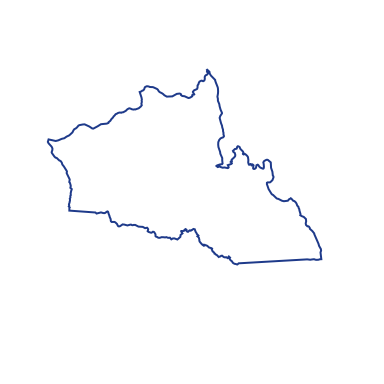 Abangares, Guanacaste, Costa Rica, rotated 224°
{"feature_id": "36466004B17800837418236", "entity_name": "Abangares", "entity_type": "district", "adm_level": 2, "iso_a3": "CRI", "parent_name": "Costa Rica", "parent_adm1": "Guanacaste", "projection": "orthographic", "projection_center": [-85.008, 10.251], "detail": "fine", "context": "isolated", "style": "outline", "palette": "blue", "viewbox_px": 384, "rotation_deg": 224, "n_neighbors": 0, "source": "geoboundaries", "source_scale": "gbopen_adm2", "svg_char_len": 6128}
<svg xmlns="http://www.w3.org/2000/svg" viewBox="0 0 384 384"><g transform="rotate(224 192 192)"><path d="M245.7,110.2L243.3,114.1L241.2,115.2L240.1,116.2L239.9,116.8L239.6,118.7L239.2,119.4L238.5,119.4L237.0,118.5L234.4,117.3L234.2,117.0L231.7,116.0L230.7,115.1L229.9,114.6L228.9,114.7L227.0,116.6L226.0,116.9L223.7,116.9L221.9,116.2L221.1,116.2L220.4,116.8L220.0,117.5L219.4,120.5L218.1,121.5L215.2,123.1L213.8,125.5L213.2,126.2L212.4,126.4L211.8,126.7L211.4,127.2L211.1,127.8L209.9,128.9L206.5,129.9L203.2,132.7L200.6,133.4L199.5,135.1L198.9,135.1L197.7,134.8L197.3,134.3L196.7,133.0L196.2,133.0L195.3,133.2L193.1,134.3L192.8,134.7L192.5,136.3L191.7,136.8L191.0,136.8L188.9,136.2L187.6,134.9L186.8,134.9L185.9,135.4L184.7,135.6L184.2,135.9L183.4,136.6L182.4,138.5L180.8,139.9L179.8,140.6L179.1,141.7L177.4,142.4L176.1,143.8L174.0,143.6L173.5,145.3L172.4,146.4L169.5,147.7L169.2,151.6L170.4,153.2L170.1,155.6L172.0,156.0L172.6,156.3L172.6,156.5L171.5,157.5L170.8,158.5L171.1,159.5L170.9,160.8L170.1,161.0L169.5,160.9L169.3,160.2L167.8,160.2L167.2,160.6L167.1,162.6L166.9,162.9L166.0,163.3L166.0,164.1L165.6,164.7L165.3,166.4L164.1,167.1L161.8,165.9L160.6,165.7L159.4,165.2L157.2,165.1L157.3,163.9L155.6,164.0L155.2,163.8L153.6,162.8L152.8,162.0L151.9,161.6L149.1,161.3L147.6,161.3L146.1,161.6L146.1,161.8L146.8,162.3L146.1,162.9L145.4,163.0L144.5,163.6L143.5,163.9L141.2,163.9L138.8,165.2L138.2,165.2L138.1,164.6L137.8,164.3L136.8,164.1L136.0,163.6L134.1,163.8L133.0,163.3L132.5,163.7L131.6,163.5L130.3,163.9L127.6,163.8L127.4,164.5L126.8,165.4L126.7,166.4L126.1,167.1L124.3,167.2L123.4,167.5L122.6,168.1L122.2,168.8L120.5,169.2L120.7,171.2L119.1,171.2L119.1,170.1L118.5,170.1L117.0,169.7L114.9,169.9L113.8,169.5L112.9,169.5L111.5,169.9L110.5,170.6L109.2,171.2L109.0,171.4L108.9,173.1L62.3,223.6L59.9,225.4L58.0,227.9L57.1,228.7L56.4,228.9L55.5,229.5L53.9,231.2L53.4,232.3L52.3,233.5L57.6,237.8L58.4,239.5L59.7,240.5L63.1,241.5L65.2,242.7L74.7,246.6L75.3,247.1L78.3,247.5L81.6,247.4L82.4,248.0L83.8,248.3L84.4,248.2L85.1,247.5L87.1,247.5L88.4,248.4L89.6,250.3L91.3,251.7L94.3,251.7L96.5,250.8L98.0,250.5L98.3,251.2L98.8,251.6L101.8,253.3L103.0,254.2L104.0,254.5L105.3,255.3L106.8,255.3L108.6,256.2L110.0,256.6L111.9,256.6L113.2,256.0L115.4,256.2L116.6,256.1L116.7,255.2L117.1,254.5L117.0,252.3L119.5,249.2L121.2,248.2L125.2,247.0L126.0,246.4L126.8,246.2L131.6,246.2L132.5,245.9L133.5,245.9L138.9,247.3L142.4,249.1L143.5,249.6L144.5,250.7L144.3,251.4L142.6,253.1L142.4,254.6L142.4,256.5L143.6,259.2L144.3,259.8L145.3,260.0L145.8,260.4L148.2,262.4L151.9,264.3L155.9,268.0L159.6,267.8L160.4,267.4L160.9,266.7L161.6,264.5L161.3,262.9L159.7,261.8L157.7,260.0L157.0,259.0L156.9,258.4L157.4,257.9L159.9,257.0L161.4,257.0L162.9,257.4L163.7,257.3L164.2,256.1L162.8,253.8L162.8,253.1L163.0,252.1L163.8,251.4L164.3,251.4L164.8,251.9L165.6,252.8L166.2,253.9L166.5,254.0L167.5,253.9L167.5,253.2L167.7,252.5L168.0,252.5L168.6,252.9L169.1,253.0L169.4,252.7L169.8,251.3L170.8,251.5L172.2,252.4L173.7,254.2L176.0,256.0L177.4,256.3L179.4,256.3L180.4,256.1L180.9,254.9L181.7,254.7L181.9,254.8L182.4,256.1L183.6,256.5L187.2,256.6L189.0,257.4L190.3,257.1L190.9,256.6L190.8,255.7L190.1,254.5L190.0,254.1L191.0,252.7L191.1,250.0L189.7,249.5L189.1,249.8L188.4,249.8L186.8,248.9L186.0,248.0L185.8,247.4L185.7,246.3L185.9,242.8L185.6,242.4L184.7,241.9L184.7,241.6L185.2,241.2L185.1,240.5L183.8,240.6L183.2,240.3L183.2,239.6L183.5,238.9L184.9,236.2L183.6,235.7L182.7,235.1L182.7,234.4L182.9,234.0L185.7,232.2L186.8,230.8L188.6,229.9L189.6,229.8L190.8,227.8L192.5,227.7L192.4,228.6L191.0,231.3L189.7,232.9L189.8,233.7L192.4,235.9L193.8,237.4L198.2,239.2L199.7,240.4L204.2,242.7L206.0,244.2L207.7,246.1L208.6,248.4L208.7,250.4L208.2,251.7L207.6,252.9L207.6,253.6L207.8,254.4L209.5,255.4L210.4,256.4L211.9,257.3L212.9,258.3L215.3,259.6L216.4,260.5L218.8,261.6L223.6,264.5L224.5,266.4L225.0,269.3L225.5,269.8L228.7,271.1L231.6,272.8L233.5,274.2L236.7,275.6L238.2,277.1L239.9,278.2L241.8,281.0L243.2,282.6L245.5,284.7L246.5,285.3L251.1,287.4L252.8,288.3L253.2,288.7L259.4,288.9L261.5,289.5L263.0,290.6L266.8,290.5L265.8,290.1L265.3,289.7L264.8,288.9L262.9,288.8L262.8,288.6L262.7,286.7L263.2,285.5L263.1,284.4L262.7,283.5L261.3,282.2L260.6,280.8L260.8,279.8L261.0,279.4L262.3,278.9L262.7,278.4L263.3,276.6L262.9,275.2L262.2,273.9L262.0,272.5L260.6,271.0L260.0,269.9L260.0,269.4L260.6,267.8L261.1,266.8L261.0,264.8L260.8,264.5L258.2,263.8L258.2,263.5L259.2,262.2L259.0,261.7L258.3,261.0L258.8,259.0L259.2,258.0L259.9,257.1L263.9,255.7L265.7,254.3L267.3,254.1L267.7,254.6L268.5,254.6L269.4,254.1L271.1,252.0L272.6,247.1L276.4,243.1L279.1,242.4L280.7,242.4L282.1,242.2L284.7,241.4L285.9,241.4L287.8,241.9L288.8,241.8L292.5,240.5L293.2,240.1L295.2,238.3L296.5,237.8L297.9,236.8L298.6,235.2L298.6,234.4L297.7,232.5L297.7,231.2L298.2,230.3L298.3,229.2L299.1,227.6L294.0,224.9L292.3,223.7L291.7,222.7L290.7,222.0L289.7,220.3L288.4,219.5L288.2,217.9L288.5,215.2L290.1,212.0L290.5,211.8L291.3,210.7L292.8,209.7L294.1,209.3L295.3,208.6L295.8,207.2L296.0,206.2L296.0,204.4L296.9,201.5L297.6,200.8L298.0,199.8L299.0,199.2L299.5,198.5L300.1,197.5L300.5,196.0L301.0,194.9L300.8,193.3L300.9,191.9L300.6,190.8L300.6,188.3L300.2,186.5L300.5,184.2L300.1,183.6L300.8,182.0L304.6,177.5L305.5,173.8L307.0,169.1L307.9,168.4L311.3,167.8L316.2,166.1L317.4,164.8L319.3,162.1L319.8,161.0L319.6,158.4L319.8,156.8L320.3,155.5L320.1,154.0L319.4,151.8L319.6,148.3L319.7,147.3L320.7,144.7L321.2,142.0L322.6,139.8L324.1,136.2L325.5,134.0L331.7,130.2L330.5,127.9L329.0,127.4L324.5,127.1L322.7,126.4L321.6,125.2L320.6,123.1L319.8,122.7L315.5,121.9L314.7,121.9L314.0,121.9L313.1,122.5L309.4,122.5L308.7,122.8L307.6,123.0L305.9,122.6L304.4,121.7L302.0,121.4L296.7,120.1L296.0,119.7L295.4,118.6L295.0,118.4L289.0,116.2L288.5,115.9L287.2,113.9L286.2,113.8L283.9,112.5L283.3,112.0L282.4,110.5L280.6,110.6L280.3,110.3L279.7,108.9L278.5,107.0L277.9,106.3L277.0,105.6L276.8,104.6L275.6,103.5L275.3,102.3L274.5,101.8L273.6,100.8L273.4,100.2L272.7,99.3L272.0,97.7L270.9,96.9L270.6,96.0L269.3,96.0L269.1,95.3L267.3,93.4L247.2,110.2L245.7,110.2Z" fill="none" stroke="#1e3a8a" stroke-width="2"/></g></svg>